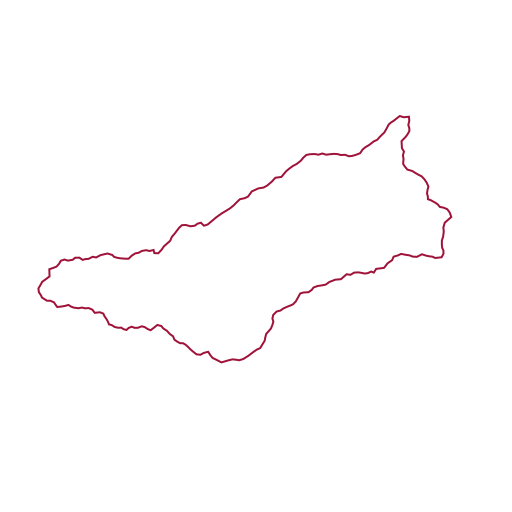 Flórida Paulista, São Paulo, Brazil (Natural Earth projection), rotated 58°
{"feature_id": "56859067B82838565054895", "entity_name": "Flórida Paulista", "entity_type": "district", "adm_level": 2, "iso_a3": "BRA", "parent_name": "Brazil", "parent_adm1": "São Paulo", "projection": "natural_earth1", "projection_center": [-51.174, -21.549], "detail": "fine", "context": "isolated", "style": "outline", "palette": "rose", "viewbox_px": 512, "rotation_deg": 58, "n_neighbors": 0, "source": "geoboundaries", "source_scale": "gbopen_adm2", "svg_char_len": 3480}
<svg xmlns="http://www.w3.org/2000/svg" viewBox="0 0 512 512"><g transform="rotate(58 256 256)"><path d="M355.4,99.3L353.5,95.9L350.8,94.2L347.8,93.8L344.9,92.4L341.3,90.1L338.9,87.2L334.9,83.9L331.1,82.0L327.8,78.3L327.1,74.1L326.4,69.7L321.8,68.7L317.7,69.0L314.4,71.3L311.8,74.1L308.6,74.5L306.2,75.5L301.1,78.3L299.0,80.1L296.5,78.7L293.5,77.8L290.6,75.3L288.5,73.0L284.5,72.4L280.3,72.5L276.2,73.3L273.3,75.1L270.1,76.8L266.8,78.4L262.8,81.9L258.5,82.4L255.8,82.4L252.1,79.6L248.3,77.9L245.9,75.2L241.9,75.1L235.7,71.7L234.3,66.0L233.1,63.0L231.3,59.7L228.7,58.2L225.6,57.4L222.5,54.3L218.9,52.5L216.7,57.1L213.5,59.9L213.9,64.2L214.3,67.6L214.3,70.7L214.8,73.8L217.0,77.5L219.2,81.6L220.5,87.6L221.7,91.7L221.2,95.3L221.8,101.1L221.7,105.7L222.2,109.1L224.0,113.3L223.1,117.9L221.9,121.9L220.6,124.4L217.4,126.8L215.2,130.7L213.0,132.6L210.8,135.6L209.4,138.3L207.2,142.9L204.2,145.5L203.2,149.3L200.5,152.4L198.2,156.5L197.0,159.8L197.6,163.4L199.0,167.7L199.5,172.9L199.2,177.0L199.5,181.4L200.1,185.6L202.4,192.6L199.9,198.1L201.3,203.1L202.2,209.3L201.9,213.5L199.9,218.2L199.0,225.4L200.2,228.3L201.4,231.4L201.0,234.9L199.3,239.5L200.3,244.3L201.2,248.0L201.8,252.5L201.8,258.5L201.7,262.6L202.1,268.9L203.1,276.1L203.7,280.3L202.7,284.1L198.6,285.1L197.6,288.5L197.9,291.7L196.1,295.8L192.5,299.1L190.6,302.5L191.3,306.2L192.5,309.4L194.1,313.6L195.1,317.1L197.6,320.7L198.4,325.3L199.0,328.9L200.7,332.9L201.9,337.4L199.7,340.7L196.6,339.7L195.4,343.5L192.8,346.2L191.2,350.2L191.1,353.7L189.8,357.1L189.9,361.3L190.8,365.5L188.8,368.6L185.8,372.6L183.8,374.8L181.6,376.8L179.0,377.3L175.2,380.6L172.9,387.3L172.5,392.4L170.1,394.9L169.7,399.5L168.3,402.1L167.4,405.1L163.8,406.7L161.6,410.4L162.1,413.4L160.2,418.0L157.5,420.3L156.6,424.1L158.2,427.0L159.3,430.8L158.7,434.0L157.7,438.3L163.9,441.9L164.3,446.7L164.6,451.0L166.2,453.8L168.2,457.7L171.6,459.3L175.0,459.2L177.9,459.5L183.1,457.0L184.9,454.2L188.2,451.9L191.2,451.8L193.9,451.6L195.8,447.7L197.2,444.2L198.1,441.0L201.0,439.6L203.4,437.7L206.3,434.1L207.5,430.9L209.7,428.8L211.5,425.5L214.8,423.2L218.7,422.9L221.0,418.2L223.9,416.0L226.8,416.4L230.7,416.2L233.4,416.4L236.1,416.9L238.1,415.0L241.4,413.4L243.9,410.8L245.3,408.3L248.0,407.0L250.1,405.0L249.5,402.1L250.1,398.9L252.6,397.0L254.3,394.2L255.1,390.1L257.4,388.0L260.5,386.6L263.1,384.7L262.8,381.3L262.2,376.2L265.2,373.4L268.4,373.0L272.1,371.2L276.5,370.4L280.1,368.9L283.8,369.5L286.4,368.4L289.7,366.6L291.4,364.0L294.0,362.7L297.0,361.8L300.0,361.2L303.3,360.2L307.8,358.6L310.3,355.5L310.5,351.7L311.9,347.3L315.9,347.3L319.5,346.8L323.8,344.1L327.9,341.7L328.7,338.9L329.7,335.2L331.2,330.7L333.3,328.0L335.5,325.5L336.6,321.4L336.6,315.6L336.1,310.2L335.8,305.0L336.3,301.3L334.5,297.7L332.5,293.6L329.8,291.1L327.5,288.7L326.6,285.6L325.4,281.7L323.2,278.7L320.9,276.1L317.7,275.2L315.1,272.6L314.0,268.0L315.2,264.2L315.0,260.7L315.5,256.8L316.2,253.1L316.6,250.2L315.6,246.3L313.3,242.1L311.2,238.4L312.1,235.1L314.5,230.7L314.3,226.8L313.2,223.9L314.1,219.6L315.9,215.5L317.2,212.0L316.9,207.5L318.1,201.3L320.7,196.2L320.1,192.8L319.5,188.8L322.0,185.9L322.1,181.5L324.3,177.6L326.4,175.3L328.4,173.2L329.8,170.3L330.2,166.6L332.5,164.9L330.6,160.9L332.1,157.7L333.9,153.7L331.9,148.2L331.7,142.9L329.5,139.6L330.7,135.4L331.1,131.9L334.3,128.4L337.0,125.3L339.6,123.4L342.0,119.9L342.5,114.3L345.7,111.7L348.1,109.2L350.0,106.8L352.6,105.1L353.9,102.5L355.4,99.3Z" fill="none" stroke="#9f1239" stroke-width="2"/></g></svg>